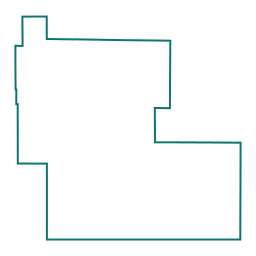 the district of Mayor Luis J. Fontana, Chaco, Argentina
{"feature_id": "61730980B614313343840", "entity_name": "Mayor Luis J. Fontana", "entity_type": "district", "adm_level": 2, "iso_a3": "ARG", "parent_name": "Argentina", "parent_adm1": "Chaco", "projection": "equal_earth", "projection_center": [-60.743, -27.701], "detail": "fine", "context": "isolated", "style": "outline", "palette": "teal", "viewbox_px": 256, "rotation_deg": 0, "n_neighbors": 0, "source": "geoboundaries", "source_scale": "gbopen_adm2", "svg_char_len": 773}
<svg xmlns="http://www.w3.org/2000/svg" viewBox="0 0 256 256"><path d="M240.6,142.7L212.7,142.5L163.6,142.3L155.0,142.3L154.8,108.0L155.8,108.0L169.9,108.2L170.0,91.4L170.3,40.7L156.2,40.5L129.4,40.2L127.8,40.2L126.9,40.2L102.3,39.8L99.5,39.7L96.6,39.7L79.6,39.4L76.7,39.3L73.8,39.4L48.4,39.0L46.8,39.0L46.7,19.0L46.7,16.5L22.4,16.6L22.4,19.2L22.4,23.1L22.6,45.2L22.6,45.9L15.4,45.8L15.4,52.6L15.4,63.8L15.6,89.4L15.8,89.4L16.3,89.5L16.3,104.2L17.7,104.2L17.7,108.0L17.8,160.1L17.8,163.5L21.2,163.5L34.9,163.6L46.9,163.6L46.9,202.3L46.9,205.1L46.9,214.5L46.9,226.9L46.9,238.9L46.9,239.5L99.1,239.5L121.0,239.5L125.1,239.5L240.3,239.5L240.4,199.5L240.5,189.5L240.5,177.6L240.5,176.6L240.5,173.1L240.6,143.1L240.6,142.7Z" fill="none" stroke="#0f766e" stroke-width="2"/></svg>